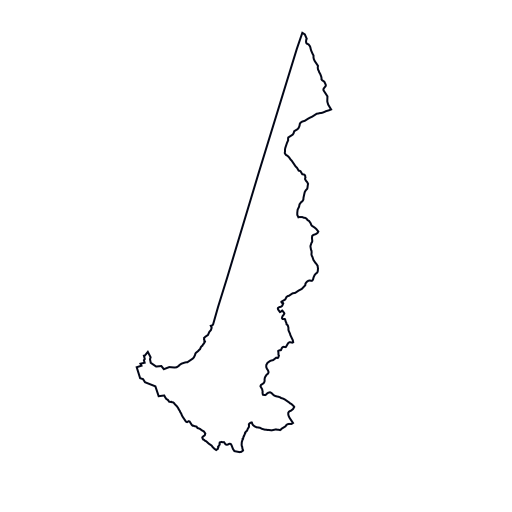 El Guarco, Cartago, Costa Rica, rotated 236°
{"feature_id": "36466004B87567829139505", "entity_name": "El Guarco", "entity_type": "district", "adm_level": 2, "iso_a3": "CRI", "parent_name": "Costa Rica", "parent_adm1": "Cartago", "projection": "mercator", "projection_center": [-83.936, 9.732], "detail": "fine", "context": "isolated", "style": "outline", "palette": "ink", "viewbox_px": 512, "rotation_deg": 236, "n_neighbors": 0, "source": "geoboundaries", "source_scale": "gbopen_adm2", "svg_char_len": 6149}
<svg xmlns="http://www.w3.org/2000/svg" viewBox="0 0 512 512"><g transform="rotate(236 256 256)"><path d="M415.1,419.2L405.0,405.8L323.4,304.7L254.5,220.4L235.1,196.2L223.3,182.2L222.9,181.0L223.4,179.5L221.3,179.1L219.8,177.2L219.2,174.9L217.4,172.0L217.4,169.0L217.1,167.1L216.7,167.0L216.0,166.3L215.2,166.2L214.0,165.4L214.0,165.9L213.6,165.9L212.5,163.7L212.3,162.6L211.6,161.4L211.6,160.5L211.3,159.4L210.0,157.4L210.0,156.5L209.8,155.7L209.6,155.2L209.3,152.0L209.0,151.2L208.1,150.2L206.9,148.2L206.5,147.2L206.3,146.1L206.3,139.6L206.9,138.8L207.5,137.3L208.4,134.0L208.4,131.4L208.1,130.6L208.1,128.5L208.2,128.4L208.2,127.8L209.1,126.1L212.4,122.0L213.7,116.3L217.7,116.0L220.2,111.4L226.3,109.0L229.7,110.4L231.0,112.0L237.0,112.7L235.6,108.2L236.0,107.3L232.8,106.2L232.3,104.8L229.8,104.0L231.3,100.0L229.1,99.7L230.5,94.9L219.5,91.6L217.1,93.5L213.4,93.4L204.2,99.7L194.2,96.9L191.7,101.9L189.7,101.7L187.6,101.7L186.6,102.2L186.0,102.3L185.9,102.5L183.8,102.5L182.8,103.5L182.5,104.2L182.2,104.2L181.9,104.4L181.2,105.3L179.9,105.8L178.7,105.8L175.5,106.4L172.8,106.4L172.3,106.2L170.2,106.2L168.8,105.9L167.3,105.9L165.6,105.5L163.9,105.3L158.2,105.3L157.4,105.5L156.8,106.0L156.7,107.8L155.9,108.4L151.9,108.3L150.9,108.5L150.6,108.7L150.6,109.0L149.4,109.8L147.8,111.3L146.0,111.3L145.3,112.0L143.9,112.9L141.8,113.6L139.7,114.7L137.2,114.7L136.9,114.3L136.2,113.6L136.0,113.0L136.0,111.5L135.7,110.1L135.5,109.9L134.1,109.6L133.3,109.6L132.7,110.1L131.1,110.5L130.3,111.1L126.9,111.9L123.6,113.2L122.1,113.2L119.5,113.7L117.4,114.5L117.5,116.6L117.8,116.7L118.6,118.0L119.1,118.0L119.9,120.3L120.3,120.7L120.6,120.7L121.2,121.1L121.7,121.7L121.1,123.5L120.4,124.0L119.5,125.4L117.1,125.4L116.4,125.7L115.8,126.3L115.4,127.3L115.3,128.6L115.0,129.3L114.3,129.9L113.7,130.0L112.3,129.8L108.9,129.0L106.3,129.0L102.5,132.8L102.2,133.6L101.9,134.1L101.9,136.1L102.1,136.6L103.8,137.0L105.7,137.9L106.6,138.0L107.8,138.7L109.7,140.2L111.3,142.2L111.5,142.7L111.8,142.7L111.8,143.0L112.1,143.5L113.1,144.5L113.2,145.0L113.7,145.4L113.7,145.7L114.3,146.6L114.8,147.3L114.9,147.6L115.1,147.7L115.3,148.2L115.6,148.2L116.0,149.2L116.2,150.9L117.5,152.8L118.0,154.2L118.9,155.1L120.5,156.0L120.8,156.9L120.8,158.4L120.4,159.4L120.1,159.4L118.8,159.0L117.4,159.0L115.5,159.6L113.5,160.8L112.7,161.9L112.1,162.4L111.6,163.1L109.5,164.2L107.1,166.2L106.0,167.7L105.5,168.0L104.9,169.0L102.7,171.5L101.1,175.6L100.8,175.7L99.1,177.8L98.2,178.6L98.2,179.7L98.5,180.5L98.3,185.2L98.9,186.7L98.9,187.9L98.5,189.2L96.9,191.6L96.9,193.3L102.6,193.3L103.7,193.4L105.4,193.7L106.5,194.1L107.9,195.0L108.5,196.2L108.5,197.4L108.2,198.2L108.4,201.1L109.5,203.3L110.4,203.3L113.5,202.6L114.9,201.8L115.7,201.7L121.1,199.6L122.8,198.6L124.3,197.3L125.1,197.1L125.8,196.6L126.9,195.8L127.8,194.8L128.3,194.5L128.6,194.1L130.1,193.1L131.3,192.7L133.8,192.2L135.2,191.4L135.8,189.6L135.8,187.9L135.5,187.2L135.5,186.0L136.0,185.3L137.0,184.2L137.6,184.3L139.1,185.0L139.7,185.6L142.1,186.6L145.0,186.8L145.6,186.9L146.3,188.0L146.3,191.0L146.6,192.0L147.6,193.3L148.8,194.0L150.0,195.1L150.9,196.5L151.0,197.0L151.6,198.2L151.8,200.2L152.4,201.2L153.3,201.7L154.7,202.0L156.5,202.0L158.2,202.4L159.9,203.6L161.0,205.8L161.1,208.8L160.9,209.9L160.1,212.0L160.4,215.9L159.5,216.7L159.3,217.5L160.6,219.3L161.6,219.4L163.4,220.6L164.4,221.0L164.9,221.4L164.7,222.8L164.1,223.7L164.0,224.0L165.2,225.9L165.5,226.8L165.4,227.9L163.9,229.6L163.9,230.0L164.8,231.9L165.4,233.1L165.8,234.1L165.8,235.5L165.5,236.0L163.8,237.7L163.7,238.6L165.5,239.4L171.4,240.3L172.4,240.7L175.9,241.3L177.2,241.9L177.5,242.2L178.7,242.9L180.6,243.5L181.2,243.5L182.2,243.1L183.4,243.7L185.2,244.0L187.2,244.7L187.5,244.7L187.8,244.5L188.2,243.7L188.9,242.8L190.0,242.8L190.7,243.5L191.5,244.8L191.7,245.8L192.4,247.3L193.1,247.5L196.1,247.3L196.2,246.9L196.0,246.4L196.0,244.9L196.1,244.5L199.3,244.4L200.2,244.7L200.6,245.1L200.6,246.8L200.0,248.1L200.0,249.6L200.2,250.1L201.5,252.1L201.9,252.1L202.3,251.5L202.7,251.3L203.7,251.3L203.9,251.5L203.6,255.6L203.7,256.1L205.0,258.4L205.0,260.1L204.6,260.9L204.6,265.4L203.5,267.9L203.5,272.0L203.1,275.5L204.2,280.5L205.3,281.4L205.7,282.1L206.2,283.8L206.2,285.5L205.6,287.0L204.6,287.8L204.2,288.4L204.2,289.0L204.6,290.1L206.1,291.8L207.4,293.9L207.9,295.6L208.0,297.3L208.5,298.3L209.7,299.4L210.0,299.6L210.9,300.4L212.3,301.0L213.4,301.6L216.2,301.6L217.1,301.4L220.6,301.4L223.8,302.3L225.1,302.4L226.4,302.9L227.7,304.0L229.2,304.9L230.4,305.1L233.3,306.4L233.9,306.8L235.9,309.4L236.2,310.2L236.9,311.0L239.7,312.5L241.2,313.8L241.4,315.3L240.7,317.8L240.7,319.9L241.4,321.3L244.6,321.1L246.8,320.5L249.9,319.2L250.9,319.2L252.5,319.6L255.3,319.6L257.0,318.8L258.3,318.8L259.3,318.5L260.3,317.9L260.9,317.1L262.4,316.1L264.3,313.3L264.4,312.8L267.0,313.2L268.9,314.5L271.1,316.4L272.8,319.3L274.5,321.0L275.4,323.5L275.4,324.5L275.7,325.7L276.3,326.8L277.9,328.1L281.7,332.1L282.6,333.9L283.1,336.1L284.1,337.1L285.5,338.3L286.7,339.5L288.3,339.7L289.3,339.7L289.9,339.5L292.1,339.6L293.0,340.2L293.4,340.9L294.5,341.3L294.9,341.6L295.8,341.7L296.5,341.5L297.9,340.1L301.4,340.3L302.1,339.9L302.9,339.1L306.2,339.3L308.2,338.9L315.0,338.9L316.7,338.6L319.0,338.6L320.4,338.4L321.8,338.0L322.8,337.4L324.9,337.3L325.5,337.6L326.3,338.4L328.1,339.6L329.2,340.7L332.5,345.0L333.9,347.3L335.2,348.1L336.2,349.0L336.1,354.3L336.6,355.6L338.1,357.5L337.9,361.2L338.2,362.6L339.1,364.2L340.2,365.5L340.9,366.0L341.6,367.4L341.6,369.5L340.8,372.0L340.7,376.1L340.5,378.1L340.1,380.5L340.0,385.9L339.3,387.3L338.8,388.8L338.1,390.0L337.6,391.4L337.1,393.7L337.0,394.8L336.0,397.9L335.5,400.2L341.1,400.5L343.4,401.2L344.2,401.5L345.1,402.1L348.4,404.5L355.5,404.6L356.5,405.1L357.0,405.8L357.9,408.7L358.3,409.2L359.1,409.6L362.3,410.1L364.8,409.1L365.9,409.1L366.8,409.8L368.3,410.4L370.8,411.0L373.3,411.2L374.1,411.5L375.9,411.7L377.6,412.5L379.0,413.7L384.7,413.7L386.7,414.0L388.3,414.6L390.1,415.8L392.2,416.0L395.4,416.6L397.0,417.1L398.8,417.8L399.8,418.0L402.0,417.9L403.6,416.9L404.3,416.8L405.5,417.2L406.3,417.8L407.4,418.8L407.7,419.5L412.4,420.4L415.1,419.2Z" fill="none" stroke="#020617" stroke-width="2"/></g></svg>